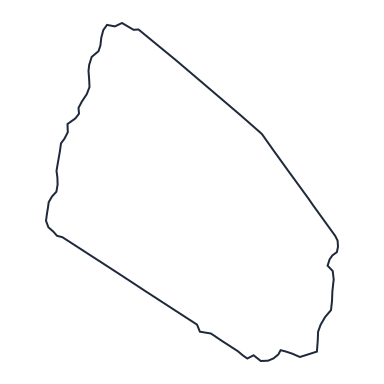 Almadina, Bahia, Brazil (Natural Earth projection)
{"feature_id": "56859067B14029450642321", "entity_name": "Almadina", "entity_type": "district", "adm_level": 2, "iso_a3": "BRA", "parent_name": "Brazil", "parent_adm1": "Bahia", "projection": "natural_earth1", "projection_center": [-39.669, -14.695], "detail": "fine", "context": "isolated", "style": "outline", "palette": "slate", "viewbox_px": 384, "rotation_deg": 0, "n_neighbors": 0, "source": "geoboundaries", "source_scale": "gbopen_adm2", "svg_char_len": 1100}
<svg xmlns="http://www.w3.org/2000/svg" viewBox="0 0 384 384"><path d="M316.9,351.6L317.7,341.3L318.1,331.7L320.6,324.8L325.2,316.9L331.0,310.1L332.0,301.0L332.4,291.0L333.7,279.4L332.7,271.0L327.6,265.7L329.6,259.4L332.4,255.4L336.9,252.1L338.0,246.7L337.6,240.7L335.2,235.9L312.8,204.9L308.4,198.5L288.7,171.5L273.2,150.0L261.9,134.0L240.5,115.2L176.4,60.6L138.5,29.5L133.6,29.8L129.3,27.3L122.0,23.0L114.9,26.4L107.0,24.9L103.3,30.1L101.3,37.6L100.4,45.5L98.5,51.2L91.7,56.9L89.2,64.8L88.5,71.0L89.2,80.2L89.5,87.0L86.8,94.1L81.9,101.5L78.5,107.9L79.0,113.7L75.4,118.4L67.5,124.0L67.8,132.2L64.4,138.8L61.0,143.3L59.9,151.3L58.1,161.5L56.5,170.9L57.4,177.5L57.6,184.6L56.4,191.7L52.0,196.5L48.7,202.2L48.0,207.4L47.0,213.4L46.0,220.8L48.4,227.3L53.3,231.6L57.0,235.8L62.4,237.2L107.4,266.3L120.2,274.6L126.3,278.6L144.7,290.7L174.6,310.1L197.0,324.6L199.9,331.7L210.9,333.5L222.2,341.1L238.0,351.3L242.7,355.3L247.3,358.5L253.6,355.3L260.8,361.0L268.1,360.7L273.5,358.4L278.3,354.5L280.6,350.2L285.4,351.4L292.1,353.6L299.9,357.0L316.9,351.6Z" fill="none" stroke="#1e293b" stroke-width="2"/></svg>